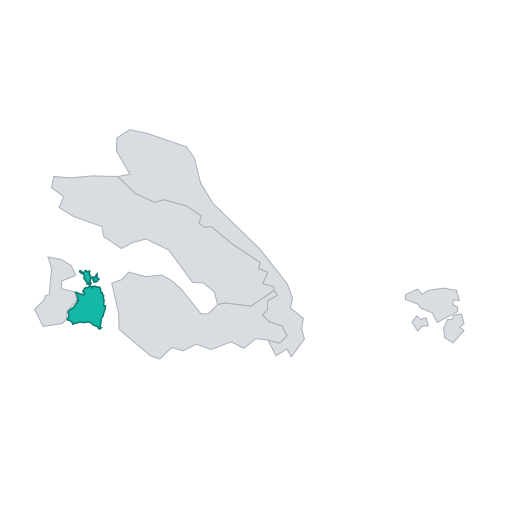 map of Estonia with Norway, Sweden, Latvia and Finland greyed out, rotated 96°
{"feature_id": "EST", "entity_name": "Estonia", "entity_type": "country or territory", "adm_level": 0, "iso_a3": "EST", "parent_name": "Europe", "parent_adm1": "", "projection": "orthographic", "projection_center": [24.591, 58.582], "detail": "fine", "context": "with_neighbors", "style": "filled", "palette": "teal", "viewbox_px": 512, "rotation_deg": 96, "n_neighbors": 4, "source": "natural_earth", "source_scale": "50m", "svg_char_len": 4746}
<svg xmlns="http://www.w3.org/2000/svg" viewBox="0 0 512 512"><g transform="rotate(96 256 256)"><path d="M283.7,55.3L285.8,49.9L290.3,49.9L303.1,68.9L294.0,74.8L290.7,86.8L287.1,89.6L283.5,103.0L278.6,103.1L272.1,91.9L276.5,86.6L272.0,81.0L268.4,66.1L269.2,53.1L278.8,49.0L279.3,54.9L283.7,55.3ZM353.1,225.7L338.3,235.4L340.1,223.2L332.0,216.8L322.9,223.0L320.2,235.6L314.2,243.3L307.4,239.1L299.2,239.8L292.6,230.4L288.6,234.7L284.7,235.2L282.9,246.4L271.1,242.7L268.3,252.1L262.1,251.3L246.5,281.1L231.4,303.6L233.0,309.9L229.3,316.3L221.9,314.7L213.8,329.9L209.7,352.8L213.3,362.5L206.7,382.2L191.4,401.8L187.8,390.0L166.0,405.8L153.2,406.7L143.5,394.7L145.7,375.7L154.9,336.2L165.3,327.5L189.2,318.7L208.1,304.5L248.5,253.1L280.6,221.9L294.3,215.2L304.0,216.5L313.0,202.4L323.5,203.0L333.5,199.2L352.5,210.3L345.4,215.6L353.1,225.7ZM321.8,51.0L317.5,59.9L308.2,61.8L299.0,58.7L298.8,54.1L294.4,53.5L292.1,45.7L301.5,42.0L305.4,46.1L308.5,41.3L321.8,51.0ZM313.8,87.4L305.3,94.0L298.8,89.9L301.7,85.7L299.8,80.3L307.3,77.3L308.6,83.6L313.8,87.4Z" fill="#d9dde1" stroke="#a8b0b8" stroke-width="1"/><path d="M191.4,401.8L206.7,382.2L213.3,362.5L209.7,352.8L213.8,329.9L221.9,314.7L229.3,316.3L233.0,309.9L231.4,303.6L246.5,281.1L262.1,251.3L268.3,252.1L271.1,242.7L282.9,246.4L284.7,235.2L288.6,234.7L306.4,255.6L306.1,282.3L308.4,289.1L295.9,293.7L288.3,305.6L288.9,316.3L259.3,343.2L250.6,367.1L255.3,380.0L262.6,390.5L252.6,409.4L242.8,412.5L235.9,441.3L228.4,456.9L217.0,453.6L209.4,466.5L198.0,465.4L197.7,448.5L193.5,427.5L191.4,401.8Z" fill="#d9dde1" stroke="#a8b0b8" stroke-width="1"/><path d="M338.7,437.9L343.4,441.7L348.3,460.3L332.1,470.7L322.5,462.4L317.3,461.3L315.9,457.7L290.1,457.9L278.7,462.8L279.7,449.6L284.9,438.8L294.0,433.2L301.1,446.5L308.8,446.2L310.7,432.8L318.6,429.7L330.9,438.1L338.7,437.9Z" fill="#d9dde1" stroke="#a8b0b8" stroke-width="1"/><path d="M338.3,235.4L338.2,247.5L349.1,258.3L343.9,271.8L353.7,290.9L350.0,306.2L357.9,318.6L355.8,330.2L368.5,341.0L366.5,350.2L343.3,384.5L327.7,386.5L298.1,396.6L293.4,386.9L285.3,380.8L288.0,363.6L284.8,347.7L289.1,337.7L296.7,327.0L319.3,304.7L318.4,297.3L308.4,289.1L306.1,282.3L306.4,255.6L288.6,234.7L292.6,230.4L299.2,239.8L307.4,239.1L314.2,243.3L320.2,235.6L322.9,223.0L332.0,216.8L340.1,223.2L338.3,235.4Z" fill="#d9dde1" stroke="#a8b0b8" stroke-width="1"/><path d="M339.3,436.9L339.0,437.0L337.7,436.8L336.2,436.1L335.6,435.6L335.0,435.6L334.2,436.0L331.6,437.1L330.9,436.9L329.3,436.0L328.5,434.9L326.7,432.8L326.6,432.3L326.4,431.9L324.5,431.4L323.8,430.6L323.3,430.5L322.4,430.1L320.2,428.4L319.7,428.3L319.6,428.6L319.6,429.0L319.2,429.2L318.7,428.6L318.1,428.0L316.3,429.1L315.6,429.4L315.0,429.4L312.1,430.8L311.2,431.5L310.8,431.4L310.9,430.7L312.1,427.3L312.3,424.6L312.8,424.2L312.9,423.8L312.7,423.0L311.5,422.4L311.0,422.5L310.5,423.4L310.0,424.1L308.9,424.5L308.0,423.8L305.7,422.8L305.2,421.5L305.1,420.2L303.9,419.0L303.4,417.5L303.6,416.5L304.7,415.9L305.0,415.3L303.7,415.4L303.4,415.2L303.4,414.7L302.8,412.9L303.3,412.2L303.6,411.6L303.2,411.0L303.3,410.3L303.6,409.7L303.4,408.1L304.8,407.3L306.1,406.8L308.7,406.5L308.5,405.1L309.6,405.0L311.4,403.3L313.2,403.6L315.8,402.5L320.9,402.4L321.6,401.8L321.4,401.1L321.4,400.4L322.4,400.6L324.0,400.4L329.9,401.7L331.4,401.6L333.4,403.0L334.5,403.3L337.7,403.2L342.7,403.6L343.7,402.6L343.7,402.4L344.2,402.9L344.9,403.7L345.1,404.2L344.9,404.5L344.3,404.8L344.2,405.1L343.9,405.6L343.2,405.7L342.9,406.0L342.5,407.5L341.8,410.0L340.7,412.0L339.8,413.0L339.4,413.9L339.1,414.8L339.1,415.8L340.3,420.9L340.3,421.9L340.1,422.9L340.0,423.9L340.2,424.7L340.9,426.1L341.6,428.3L342.0,429.7L342.5,430.1L342.9,430.5L343.0,430.7L343.0,431.0L342.8,431.3L340.9,432.1L340.6,432.7L340.4,433.4L339.6,434.5L339.4,435.4L339.3,436.5L339.3,436.9ZM295.3,418.0L295.9,418.4L296.5,418.3L297.1,418.1L298.4,418.4L301.4,420.6L301.7,421.1L299.9,421.4L299.4,422.0L299.0,422.5L298.5,422.6L297.6,423.5L296.4,424.4L296.1,424.9L294.0,424.7L292.8,425.0L291.8,426.0L291.4,427.9L290.6,429.3L289.9,429.8L289.2,429.9L289.0,429.3L289.1,428.8L290.7,426.7L291.1,426.1L290.3,425.7L289.7,425.0L288.3,424.1L288.1,423.4L288.4,423.3L288.7,423.1L289.1,422.6L289.3,421.9L288.3,419.9L288.9,419.7L289.6,419.8L290.3,420.3L291.1,419.7L291.5,419.6L292.0,419.9L292.6,418.6L294.0,418.3L294.6,417.9L295.3,418.0ZM298.2,414.5L297.4,415.3L297.0,415.0L296.7,414.5L295.7,416.5L294.6,416.8L294.0,416.4L294.1,415.6L293.5,413.7L292.6,413.1L291.3,413.0L290.4,412.2L294.1,411.8L294.5,410.9L295.2,409.9L295.8,409.8L296.3,410.1L296.3,410.8L296.5,411.1L298.1,411.6L298.7,412.9L298.9,414.4L298.2,414.5ZM301.9,419.4L301.1,419.6L299.3,418.3L299.8,417.5L300.3,417.1L301.8,417.7L302.0,419.0L301.9,419.4Z" fill="#14b8a6" stroke="#0f766e" stroke-width="1.5"/></g></svg>